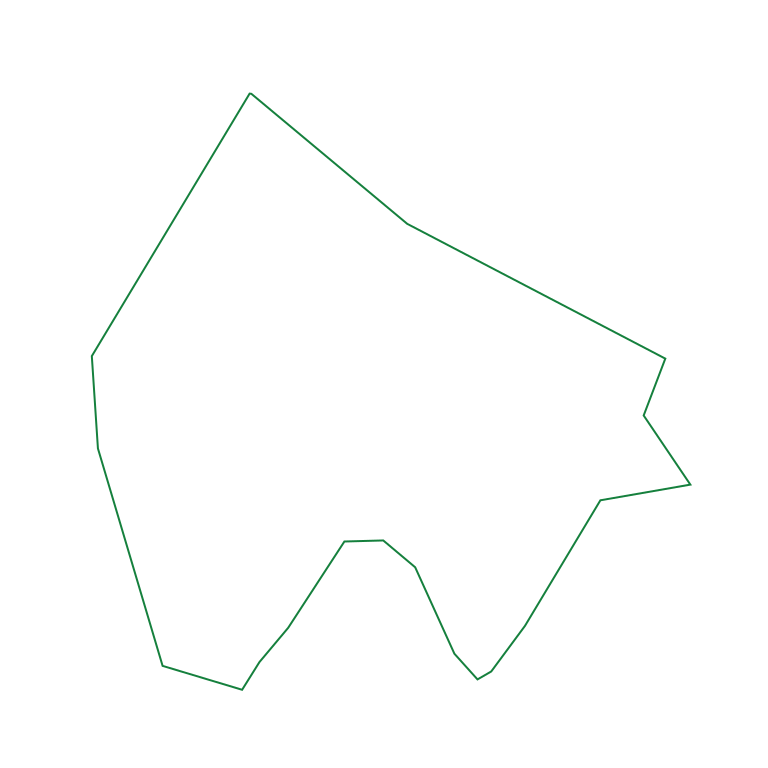 Radenci, Albers equal-area conic projection, rotated 353°
{"feature_id": "SVN-930", "entity_name": "Radenci", "entity_type": "Municipality", "adm_level": 1, "iso_a3": "SVN", "parent_name": "Slovenia", "parent_adm1": "", "projection": "albers", "projection_center": [16.055, 46.625], "detail": "fine", "context": "isolated", "style": "outline", "palette": "green", "viewbox_px": 768, "rotation_deg": 353, "n_neighbors": 0, "source": "natural_earth", "source_scale": "10m", "svg_char_len": 414}
<svg xmlns="http://www.w3.org/2000/svg" viewBox="0 0 768 768"><g transform="rotate(353 384 384)"><path d="M129.9,636.8L92.2,413.1L97.4,320.7L286.0,79.4L287.7,79.8L426.6,227.9L666.3,393.1L637.9,446.9L675.8,521.2L584.6,525.8L494.4,641.3L455.4,682.4L440.8,688.6L421.0,660.3L392.6,569.7L364.2,539.2L325.5,535.5L259.2,614.3L226.5,644.8L205.9,670.2L129.9,636.8Z" fill="none" stroke="#15803d" stroke-width="2"/></g></svg>